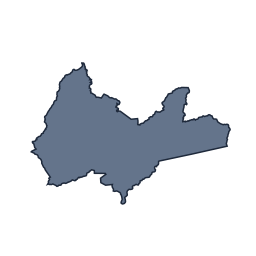 Xapuri, Acre, Brazil, rotated 168°
{"feature_id": "56859067B13155067535886", "entity_name": "Xapuri", "entity_type": "district", "adm_level": 2, "iso_a3": "BRA", "parent_name": "Brazil", "parent_adm1": "Acre", "projection": "mercator", "projection_center": [-68.519, -10.611], "detail": "fine", "context": "isolated", "style": "filled", "palette": "slate", "viewbox_px": 256, "rotation_deg": 168, "n_neighbors": 0, "source": "geoboundaries", "source_scale": "gbopen_adm2", "svg_char_len": 5882}
<svg xmlns="http://www.w3.org/2000/svg" viewBox="0 0 256 256"><g transform="rotate(168 128 128)"><path d="M84.7,149.8L86.7,147.0L89.3,145.8L89.6,144.6L89.2,144.0L88.9,142.8L88.4,142.3L88.2,141.5L88.5,140.9L89.5,140.4L89.9,139.9L89.9,139.4L89.3,139.0L89.2,138.3L89.9,138.0L91.4,137.8L93.1,137.0L93.8,136.9L94.3,137.3L95.6,137.4L96.6,138.1L96.9,138.5L97.5,138.3L98.1,137.8L99.1,136.0L100.8,135.5L101.3,134.5L101.8,134.0L103.5,134.3L104.1,134.2L104.7,133.7L105.3,133.7L105.7,132.2L106.9,132.0L107.8,131.4L109.4,131.4L110.5,130.7L111.5,129.8L112.1,129.5L113.3,129.7L114.9,129.4L115.6,129.1L115.8,128.5L117.7,129.3L117.7,130.0L117.3,130.4L117.1,130.9L117.2,131.6L116.8,132.6L116.7,135.2L123.1,135.9L132.1,146.0L133.5,146.5L135.1,146.2L135.6,147.0L135.4,147.7L133.7,148.0L133.4,149.1L134.7,150.2L134.9,150.8L135.5,151.0L135.1,151.8L134.4,151.8L134.0,152.4L133.7,153.2L133.9,153.9L133.7,154.3L132.8,152.9L131.9,152.9L130.8,154.3L130.6,155.0L131.2,156.5L132.1,156.8L133.8,159.0L135.1,159.1L137.3,160.8L137.8,161.1L138.2,160.9L139.9,161.7L140.5,162.9L141.3,163.8L144.4,166.1L145.1,165.6L147.8,162.9L151.1,164.4L152.7,164.6L153.4,167.0L156.4,169.8L157.1,170.0L157.0,170.8L156.7,171.3L157.0,171.9L157.1,172.7L156.5,172.9L156.3,174.0L156.8,174.7L157.5,175.1L157.2,175.5L157.3,176.3L156.7,177.7L155.7,178.4L154.7,178.5L154.2,179.0L154.0,179.5L155.3,180.3L154.1,180.8L153.9,181.3L154.4,181.8L154.3,182.4L153.9,182.9L155.2,183.2L154.5,183.7L155.2,184.7L155.5,185.7L156.8,187.1L157.1,188.3L156.8,188.7L157.2,190.0L156.8,190.6L157.0,191.7L156.8,192.3L156.0,192.4L156.2,193.5L157.1,193.7L157.1,194.3L157.6,194.6L157.2,195.5L157.5,196.3L157.2,197.1L157.5,197.5L157.5,199.6L157.9,200.7L159.6,201.2L159.7,200.5L159.2,199.5L159.6,198.5L160.0,197.7L161.4,196.9L163.9,195.7L165.8,195.2L167.7,195.4L168.1,195.7L168.2,196.3L168.8,196.6L169.5,196.5L170.0,196.1L170.7,194.9L171.3,194.3L172.7,193.7L173.1,193.2L174.0,192.9L175.4,192.8L176.4,192.5L176.8,192.8L178.0,192.6L178.5,192.4L179.2,191.6L179.4,190.9L180.2,190.3L180.7,190.3L181.4,189.8L183.4,187.7L184.5,187.3L185.0,186.9L186.1,184.7L186.1,183.5L186.3,182.3L186.7,181.7L186.5,181.1L187.4,179.3L187.9,179.0L188.5,178.3L189.3,178.2L189.9,177.8L190.6,175.3L190.4,173.9L191.2,173.2L191.5,172.7L192.2,170.2L194.1,169.7L195.0,168.8L196.0,166.8L197.5,165.8L198.4,164.7L198.6,164.3L200.7,162.7L201.5,161.6L202.4,161.0L205.3,157.4L207.0,156.6L207.3,155.9L207.1,153.8L207.6,153.3L207.6,152.7L208.2,151.9L208.4,151.3L207.2,149.5L207.1,147.8L206.8,147.3L207.1,146.8L207.4,145.6L208.8,144.4L208.7,143.9L209.3,143.8L210.4,142.5L211.2,142.0L212.0,141.0L212.0,140.5L213.7,140.3L214.1,139.9L214.4,139.2L215.6,138.2L216.9,138.2L219.3,137.2L219.7,136.8L219.4,136.4L219.6,135.6L220.3,135.7L220.9,135.3L221.2,134.7L223.0,134.3L223.4,134.6L224.1,134.6L224.5,134.2L224.2,133.7L224.3,133.2L223.4,131.9L223.3,128.3L222.3,126.5L227.0,125.3L227.6,124.8L224.8,122.7L224.6,121.9L222.6,120.8L222.0,120.1L221.8,119.1L221.8,117.7L220.2,116.1L219.7,115.3L219.3,113.1L219.7,111.5L218.8,107.6L218.6,107.1L217.9,106.2L217.6,104.2L214.2,96.1L215.3,95.7L215.9,95.2L215.4,94.2L215.8,93.5L216.6,92.9L217.0,92.3L217.2,90.9L218.3,89.7L217.4,89.9L217.1,89.4L216.5,89.0L215.8,89.1L215.3,88.7L214.5,88.6L213.2,88.9L210.1,86.5L210.0,86.0L209.6,85.7L208.4,85.8L207.7,86.4L206.0,86.1L205.3,86.2L204.9,86.9L204.1,87.4L202.6,87.5L201.5,87.3L200.5,86.8L199.6,86.9L198.1,87.3L197.7,87.6L197.2,87.4L194.8,87.9L193.3,88.8L191.0,87.5L189.9,87.6L189.7,88.2L188.1,88.6L186.9,89.8L186.1,90.0L185.6,89.4L184.7,89.8L184.1,89.6L182.5,89.7L181.8,90.1L181.3,89.9L178.9,90.0L178.3,90.6L177.7,92.3L177.1,92.6L175.9,92.7L175.2,93.0L174.7,93.7L174.1,93.7L172.3,94.7L169.8,93.4L170.3,90.7L159.7,88.3L159.3,87.3L165.3,84.6L165.9,80.2L161.8,76.7L155.0,76.0L155.6,74.9L155.6,73.1L154.9,71.3L155.5,69.4L154.2,68.8L152.3,68.8L151.1,68.1L149.9,67.0L149.3,66.6L148.9,65.7L149.0,64.8L148.6,64.0L148.4,61.9L148.5,60.1L148.3,59.6L149.9,57.4L150.0,56.6L150.4,56.2L150.0,55.5L149.3,54.9L148.8,54.8L147.2,55.0L146.0,56.0L145.7,56.6L145.5,58.7L145.7,60.6L144.8,61.3L144.2,61.4L143.6,61.9L142.9,62.2L142.6,62.8L142.4,65.4L141.9,66.4L141.4,66.9L139.7,67.8L138.2,67.3L136.5,67.4L136.0,67.9L135.8,68.6L136.0,69.2L135.9,69.7L134.8,70.6L133.7,70.4L132.8,70.9L131.8,71.2L131.2,70.7L129.9,70.1L129.3,70.5L129.0,71.3L127.6,72.0L127.2,73.7L126.6,73.9L125.9,73.7L125.4,73.7L124.6,74.6L124.0,74.9L123.3,74.6L121.3,75.8L118.2,75.5L117.5,75.5L116.9,75.9L116.0,77.1L114.5,77.9L113.7,79.5L113.1,79.7L111.0,79.7L110.4,80.1L109.8,81.4L110.3,82.3L110.3,83.6L110.1,84.1L109.7,84.6L109.1,84.8L108.1,84.3L107.7,85.1L106.0,85.9L105.6,86.6L105.0,89.0L104.3,89.2L70.8,89.2L34.8,89.6L35.1,92.3L34.1,94.2L33.9,95.0L33.1,96.1L33.4,97.3L33.1,98.0L32.0,99.3L31.7,100.5L30.6,102.2L30.2,103.4L28.6,104.9L28.4,105.6L28.8,107.0L29.4,107.5L29.1,109.7L29.4,110.5L30.4,111.1L32.0,111.1L33.2,111.6L34.1,111.4L36.7,113.0L38.9,115.3L39.5,118.1L40.6,118.6L42.3,119.0L43.0,120.3L43.3,122.3L44.6,123.0L44.8,123.5L45.8,124.1L46.6,124.1L47.2,123.8L47.5,123.4L48.9,123.5L50.7,123.3L51.6,124.1L52.5,124.1L52.9,123.5L56.2,123.6L56.8,123.5L57.3,122.6L57.7,122.4L58.2,122.2L60.0,122.2L60.5,121.8L61.4,123.1L62.2,123.1L62.7,122.5L64.1,122.9L65.5,122.6L66.1,122.7L67.2,122.1L67.8,122.6L68.7,122.2L70.0,122.3L70.5,122.7L70.8,122.2L71.8,122.8L72.5,122.9L73.0,122.7L73.1,123.3L71.8,125.7L72.1,126.2L71.8,126.9L71.2,127.2L71.1,127.9L70.7,128.4L70.1,128.2L69.4,128.7L69.6,130.4L70.5,131.4L70.9,132.5L69.7,135.4L69.0,136.6L68.4,138.6L68.2,139.1L66.7,139.5L65.9,138.7L65.4,139.2L65.4,139.9L65.9,140.9L66.0,141.7L65.9,142.2L65.3,143.5L65.5,145.3L65.0,145.6L64.3,146.4L64.2,147.9L63.7,148.5L62.4,149.8L61.5,149.7L60.8,150.1L60.3,151.3L60.2,152.0L60.8,155.0L67.0,156.5L68.8,156.2L70.3,156.7L71.4,156.1L72.0,156.2L73.7,155.9L74.4,155.1L76.3,154.8L76.9,154.4L77.0,153.7L77.3,153.2L77.9,153.0L81.5,152.9L82.5,151.6L84.1,149.9L84.7,149.8Z" fill="#64748b" stroke="#1e293b" stroke-width="1.5"/></g></svg>